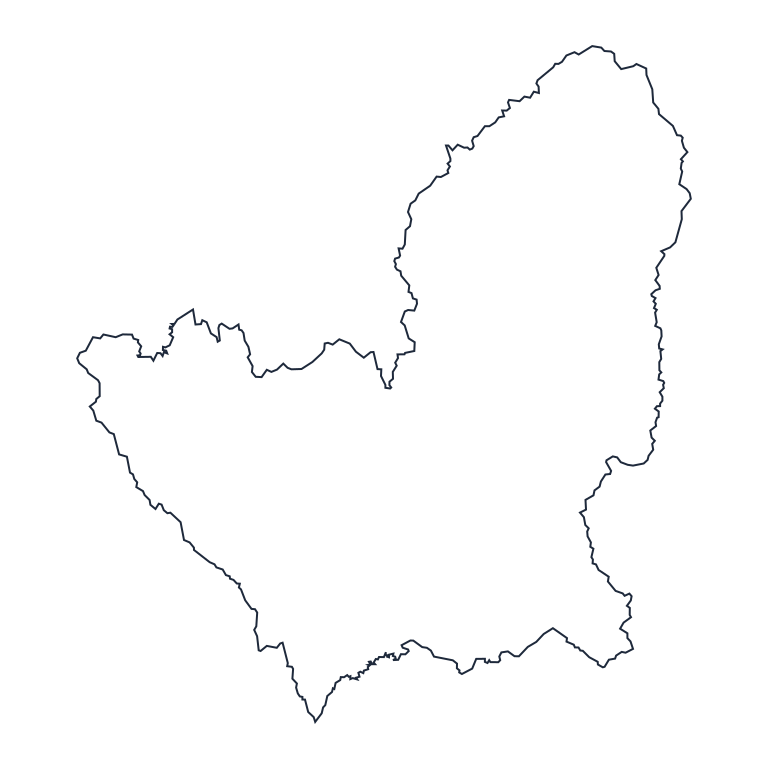 Thong Pha Phum, Kanchanaburi, Thailand (orthographic projection)
{"feature_id": "78962969B24065395096407", "entity_name": "Thong Pha Phum", "entity_type": "district", "adm_level": 2, "iso_a3": "THA", "parent_name": "Thailand", "parent_adm1": "Kanchanaburi", "projection": "orthographic", "projection_center": [98.674, 14.859], "detail": "fine", "context": "isolated", "style": "outline", "palette": "slate", "viewbox_px": 768, "rotation_deg": 0, "n_neighbors": 0, "source": "geoboundaries", "source_scale": "gbopen_adm2", "svg_char_len": 6085}
<svg xmlns="http://www.w3.org/2000/svg" viewBox="0 0 768 768"><path d="M672.9,125.9L659.0,114.1L658.4,108.8L653.2,102.5L652.3,89.3L646.5,75.0L646.2,68.5L636.4,64.0L633.3,66.2L621.2,69.1L614.7,61.2L614.2,53.8L611.0,51.5L604.4,51.0L601.3,47.6L592.2,46.1L578.7,54.5L574.5,52.2L566.4,55.5L562.0,61.8L558.5,63.9L555.2,63.8L553.2,67.3L537.6,80.2L536.4,83.5L538.6,86.6L538.9,93.0L533.8,91.7L530.1,97.7L524.4,96.6L519.6,101.2L509.1,99.9L508.0,102.4L509.9,108.0L506.7,110.6L502.2,110.5L504.1,116.3L498.7,117.4L495.2,122.4L489.4,126.2L484.9,126.2L477.5,136.0L473.7,137.2L472.1,140.7L473.7,146.1L472.3,148.6L469.8,149.6L467.5,147.5L464.1,147.7L457.7,144.7L452.5,150.3L448.4,145.5L446.0,145.5L450.4,158.6L450.4,161.1L447.6,163.6L449.9,166.5L447.5,170.3L448.3,173.0L440.9,177.0L436.6,176.6L430.2,185.7L418.7,193.6L415.3,200.4L410.6,203.7L408.0,212.0L411.3,219.2L410.0,226.2L405.6,230.0L404.8,244.5L402.5,248.7L398.6,248.4L400.1,255.6L398.9,257.5L395.1,258.6L394.3,261.1L395.9,264.1L395.1,266.8L396.9,269.6L400.5,271.3L401.2,275.7L409.3,285.4L408.5,291.9L411.5,293.1L412.9,298.4L416.6,299.6L417.0,303.7L414.3,310.6L408.1,310.0L404.8,311.5L401.0,322.0L404.7,325.4L408.7,338.4L414.7,342.2L414.3,351.0L405.1,352.9L404.5,354.3L397.5,354.4L398.0,358.1L395.2,362.7L396.7,365.7L392.8,371.9L393.0,378.8L389.5,381.7L389.4,385.1L391.2,387.5L390.2,388.5L385.4,387.8L385.4,384.9L381.0,376.0L381.3,369.3L377.5,369.1L373.5,352.0L370.6,352.2L363.8,357.7L355.9,351.7L349.8,343.6L339.3,339.3L332.7,344.6L328.0,342.8L324.7,343.5L324.2,349.7L321.7,353.4L312.4,362.0L301.5,369.0L291.4,369.3L287.6,367.8L283.3,363.6L277.0,369.6L271.4,371.9L266.8,369.8L261.6,377.1L255.7,376.8L251.9,372.0L252.6,366.1L247.7,357.3L250.1,354.3L248.4,346.8L244.7,340.6L243.5,333.0L241.6,330.3L239.2,329.7L238.5,324.5L232.6,328.4L229.5,328.8L221.7,323.6L219.4,325.0L218.4,328.1L219.8,340.5L217.7,341.7L216.6,337.1L210.9,333.4L206.7,322.3L202.3,320.2L201.0,324.1L195.5,324.5L193.0,309.5L177.4,319.5L174.5,323.9L171.8,324.0L173.5,325.4L172.4,326.9L170.0,326.7L169.6,328.5L172.1,329.2L172.1,332.3L169.6,334.3L173.2,337.2L169.7,345.3L165.4,347.4L163.0,346.8L162.9,350.0L166.2,350.7L167.2,353.4L163.9,352.2L162.6,356.0L160.5,353.2L157.2,353.0L153.4,360.7L150.8,356.8L138.3,357.0L137.5,355.5L140.1,355.2L140.6,353.5L139.2,351.4L141.2,346.3L137.9,342.4L138.2,340.0L133.6,338.6L132.0,334.6L122.7,334.4L115.7,337.2L103.4,334.5L100.2,338.4L93.0,337.2L85.8,350.7L79.9,352.8L77.2,358.3L79.2,363.2L86.7,369.3L88.2,373.0L98.0,380.2L99.6,383.2L99.7,396.2L96.3,399.0L95.9,401.7L89.8,406.5L93.3,410.6L96.3,420.7L101.5,422.6L109.4,432.4L113.8,434.1L119.1,454.4L126.9,456.7L130.0,472.6L133.0,474.4L134.3,479.0L137.2,482.3L136.3,487.1L143.0,491.1L144.6,495.0L149.6,500.0L150.4,504.8L155.5,509.0L158.8,503.7L161.6,504.6L163.8,510.2L167.4,513.2L170.4,512.7L180.6,522.2L184.0,540.0L189.6,542.4L193.9,547.6L194.0,550.0L209.7,562.2L214.5,564.3L216.4,567.4L222.7,569.5L225.9,575.1L229.7,576.3L230.0,578.7L233.5,579.9L236.8,583.5L239.8,583.7L238.9,587.5L241.0,589.4L245.2,600.3L251.5,608.9L255.0,609.2L257.2,612.6L256.3,626.3L254.2,629.9L257.1,636.2L258.7,650.3L260.6,651.0L266.8,645.9L276.8,647.8L280.2,643.5L282.6,642.7L287.8,663.1L287.2,666.2L291.9,666.8L293.1,668.9L292.4,678.7L296.9,683.5L296.1,687.6L297.8,693.4L299.8,696.4L302.4,696.9L302.4,699.5L305.0,699.6L308.2,712.0L313.7,717.1L315.2,721.9L321.7,713.3L323.1,707.4L325.3,705.1L327.3,696.0L332.0,692.0L332.9,688.3L334.3,689.0L335.6,682.9L340.2,680.1L340.8,677.1L344.1,677.2L347.2,675.1L348.8,676.8L350.4,676.2L350.3,679.1L352.7,678.1L357.2,679.4L356.1,677.7L359.5,676.7L358.4,672.8L360.3,671.7L363.3,673.1L363.9,670.6L368.2,669.2L367.8,667.0L369.5,665.5L368.2,664.9L370.6,664.4L369.0,661.8L370.7,661.5L372.1,664.2L375.1,664.2L373.7,662.5L375.8,659.0L377.9,659.4L379.0,657.0L383.9,657.1L385.9,652.2L385.5,655.1L387.9,655.3L387.2,656.7L389.0,657.3L389.0,654.7L393.4,653.6L392.9,656.0L395.2,656.7L395.7,658.6L393.0,660.1L398.2,659.8L400.9,654.2L405.4,654.3L408.7,651.1L408.1,649.5L402.7,647.7L401.6,645.2L410.4,640.5L413.3,640.6L422.2,647.1L426.9,647.8L430.9,650.6L434.0,656.6L452.8,660.3L457.0,663.6L456.9,668.3L459.5,670.4L459.2,672.4L461.9,674.0L472.2,668.6L476.2,658.9L484.9,658.8L484.9,661.9L487.5,663.0L489.2,660.2L490.4,662.1L498.3,662.2L500.2,660.2L499.3,656.5L501.4,652.4L507.9,651.4L514.5,656.2L518.9,656.3L527.8,646.9L536.3,641.9L543.7,634.0L552.9,628.2L567.0,638.1L566.5,641.6L573.8,644.7L574.9,647.4L578.5,647.5L580.3,650.5L582.8,650.8L589.2,657.2L597.7,661.8L597.9,664.5L602.8,667.3L604.6,666.8L608.9,659.7L615.1,658.6L616.1,655.6L621.7,651.9L625.6,652.7L633.0,648.9L630.5,641.4L627.4,638.1L627.4,633.3L620.1,628.7L623.6,622.6L631.0,617.2L629.7,614.9L629.8,607.9L626.9,605.8L630.8,600.5L631.6,596.2L629.4,593.6L624.6,595.8L622.7,593.4L615.6,590.9L607.9,581.5L608.7,576.7L598.6,570.0L596.0,564.4L592.6,563.4L592.9,559.5L591.4,557.2L593.4,548.7L590.3,546.8L590.9,542.4L587.6,536.4L587.2,531.5L588.7,528.3L585.3,525.0L583.9,517.2L580.0,512.6L586.0,509.6L585.5,499.9L593.5,495.3L594.5,490.4L599.6,486.6L600.9,481.5L605.4,474.5L610.1,474.0L611.1,470.9L606.1,462.1L606.5,460.3L612.8,456.4L617.2,457.4L620.8,462.2L627.7,464.8L633.0,465.6L643.7,463.5L647.6,459.9L648.6,455.8L653.2,449.7L652.2,443.9L654.8,440.8L651.6,437.6L650.3,430.5L656.1,426.0L655.5,422.2L657.1,417.7L658.6,417.2L658.7,411.5L654.9,408.7L656.9,406.2L660.1,406.1L660.1,403.6L662.4,400.7L662.4,396.7L659.7,392.2L663.8,388.2L663.1,384.8L664.2,382.9L663.3,381.1L658.5,379.6L659.2,374.4L661.3,372.4L659.4,370.3L659.3,362.1L661.2,358.9L660.4,351.1L662.6,349.4L659.2,348.5L658.8,344.3L661.6,336.4L661.3,330.4L660.4,328.3L655.2,325.9L656.7,322.2L655.1,312.6L656.8,309.8L654.0,308.1L655.8,303.8L653.5,301.4L655.5,298.1L651.8,296.0L651.3,294.2L655.5,290.3L659.8,288.8L659.6,285.9L655.3,280.1L658.6,275.0L656.3,267.8L664.3,255.9L664.4,254.1L661.2,251.2L670.1,247.4L675.4,242.3L681.8,219.2L681.5,211.1L690.8,198.8L689.7,193.2L686.6,189.1L679.3,184.2L682.2,171.5L680.8,168.6L681.6,162.9L682.9,161.4L680.9,159.2L687.4,152.1L683.9,147.7L681.9,140.8L682.7,137.7L680.8,135.6L677.0,135.2L672.9,125.9Z" fill="none" stroke="#1e293b" stroke-width="2"/></svg>